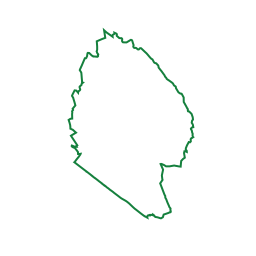 Bilskas pag., Smiltenes, Latvia (Equal Earth projection), rotated 54°
{"feature_id": "27541924B86975259147781", "entity_name": "Bilskas pag.", "entity_type": "district", "adm_level": 2, "iso_a3": "LVA", "parent_name": "Latvia", "parent_adm1": "Smiltenes", "projection": "equal_earth", "projection_center": [26.046, 57.482], "detail": "fine", "context": "isolated", "style": "outline", "palette": "green", "viewbox_px": 256, "rotation_deg": 54, "n_neighbors": 0, "source": "geoboundaries", "source_scale": "gbopen_adm2", "svg_char_len": 5273}
<svg xmlns="http://www.w3.org/2000/svg" viewBox="0 0 256 256"><g transform="rotate(54 128 128)"><path d="M211.6,164.9L211.0,164.6L210.8,164.5L210.5,163.1L210.9,162.7L210.9,162.2L211.0,162.2L211.4,161.9L211.8,161.5L211.8,161.4L211.4,161.1L212.0,160.1L212.4,159.8L212.8,159.3L212.6,158.9L213.5,158.9L213.5,158.4L216.0,158.2L217.2,157.0L217.9,156.4L220.2,154.7L220.5,154.3L220.6,152.9L220.7,152.3L220.1,151.4L219.5,150.8L219.4,150.6L219.0,150.0L219.7,147.8L220.6,144.8L220.6,144.4L220.7,143.6L221.1,143.2L221.0,142.8L220.8,142.7L220.6,142.4L219.1,141.8L218.1,140.9L216.3,141.0L214.9,140.6L213.4,140.3L211.6,139.9L209.6,139.4L209.4,139.3L207.9,138.9L207.2,138.9L206.2,138.7L204.8,137.8L204.7,137.8L203.5,137.7L191.7,134.5L190.3,130.6L190.1,130.6L189.2,130.1L186.3,128.5L182.3,124.1L180.5,123.7L179.0,123.4L178.8,123.3L176.3,122.8L176.4,122.5L176.6,122.3L176.7,122.1L177.3,121.7L179.4,120.5L181.1,119.9L181.3,119.8L183.4,117.0L185.5,112.7L186.6,111.7L186.8,111.5L187.5,110.8L188.9,109.5L190.2,108.1L187.9,106.1L185.9,104.3L185.4,101.7L185.4,99.5L181.2,97.4L180.0,96.0L180.8,95.1L181.9,94.5L181.0,93.9L179.3,93.9L178.3,93.0L178.0,92.5L176.8,90.6L175.1,87.1L176.0,86.3L175.8,85.1L173.9,83.9L173.5,82.8L173.7,81.9L173.7,80.7L173.4,80.8L173.2,80.7L171.7,80.0L171.6,79.9L170.9,79.2L170.5,79.0L169.5,78.8L167.8,78.0L167.3,77.8L166.2,77.8L165.6,77.6L165.4,77.4L165.4,76.9L165.3,75.7L165.2,75.4L165.3,75.3L165.6,74.9L165.7,74.7L163.7,73.7L163.0,73.5L161.8,73.4L161.3,73.4L161.0,73.2L159.8,71.9L159.6,71.5L159.5,70.8L159.3,70.4L157.8,69.6L157.3,69.3L154.0,68.3L153.2,68.4L150.7,68.8L150.4,69.0L150.2,69.3L150.0,69.5L149.7,69.6L149.3,69.4L149.2,69.4L148.9,69.2L148.7,69.1L148.4,68.8L148.0,68.7L147.8,68.6L147.5,68.5L147.3,68.5L147.2,68.4L146.4,68.5L145.0,68.2L139.7,67.6L136.0,65.0L132.1,64.5L131.8,64.5L131.6,64.6L131.2,65.1L131.0,65.4L128.8,66.2L124.1,65.8L123.8,65.7L123.1,65.3L122.7,65.1L122.3,65.1L121.1,65.6L120.8,65.7L120.0,65.7L118.7,65.5L118.1,65.5L117.7,65.6L116.6,65.9L113.6,66.9L112.6,67.3L111.4,67.7L110.8,67.8L110.0,67.6L109.7,67.6L108.5,67.8L108.0,67.8L107.1,67.5L106.2,67.5L102.2,67.5L101.4,67.5L100.9,67.5L100.7,67.6L99.8,67.6L97.3,67.7L96.9,67.6L95.8,67.0L95.5,66.9L94.9,66.8L93.9,67.0L92.6,67.1L92.4,67.1L91.6,67.7L91.5,67.8L90.8,68.2L90.5,68.3L89.9,68.3L86.9,67.9L86.6,68.0L85.8,68.4L85.4,68.5L83.8,68.7L82.7,68.8L81.0,68.9L78.6,69.1L77.6,69.3L76.7,69.5L71.3,70.5L71.1,70.6L70.7,71.1L70.6,71.3L70.5,71.7L70.7,72.4L70.8,73.0L70.7,73.3L70.4,73.7L70.0,73.9L68.3,74.3L67.9,74.5L67.7,74.7L67.4,75.0L67.1,75.6L66.9,75.8L66.7,75.9L66.5,76.0L66.2,76.0L65.8,76.0L65.6,76.0L65.3,75.9L65.0,75.7L64.7,75.3L64.3,74.8L63.8,74.6L62.5,74.2L59.9,73.3L59.4,73.2L59.0,73.4L58.8,73.5L58.5,73.7L58.3,74.0L58.3,74.3L58.2,75.5L57.9,78.9L55.9,81.5L55.5,81.8L55.1,81.8L54.1,81.7L52.8,80.5L52.6,80.4L52.4,80.4L52.1,80.3L51.9,80.4L51.5,80.5L51.4,80.7L51.1,81.1L50.5,81.8L50.3,82.0L50.1,82.2L47.7,82.7L47.2,82.9L46.8,82.9L46.5,82.7L45.7,82.0L45.6,81.9L45.1,81.9L44.7,82.0L42.9,83.0L43.1,83.1L43.7,83.4L43.8,83.5L43.8,84.6L43.7,85.1L43.7,85.4L43.7,85.7L43.9,86.1L44.2,86.3L45.1,86.8L38.4,89.1L37.3,89.4L34.9,89.9L41.7,93.4L40.8,96.6L39.5,102.3L43.4,104.7L44.3,105.3L46.5,106.9L47.7,108.4L47.8,108.4L48.4,108.5L49.0,108.8L50.7,108.8L50.9,108.8L51.0,109.1L51.1,109.3L52.1,109.8L52.3,110.0L52.4,110.3L52.4,110.5L52.4,110.8L52.2,110.9L52.2,111.0L51.9,111.3L51.6,111.6L51.6,111.8L51.4,111.9L51.3,112.1L51.0,112.4L50.9,112.6L50.5,113.0L50.3,113.3L50.0,113.6L49.8,114.0L49.5,114.0L49.3,114.2L48.9,114.3L48.4,114.6L47.5,114.8L44.5,115.3L43.6,116.4L43.6,116.5L43.8,116.9L45.8,118.9L46.1,119.3L46.6,120.4L46.8,120.6L46.8,120.8L46.8,121.1L46.7,121.2L46.2,121.9L50.4,128.9L50.8,129.6L51.1,130.2L51.6,131.0L52.3,132.3L52.8,133.0L55.5,133.2L55.9,133.3L59.7,135.6L60.5,136.1L62.7,137.4L64.1,138.4L64.8,137.8L65.0,139.4L65.2,139.8L65.8,140.3L65.9,140.5L65.9,141.0L66.0,141.7L66.0,142.1L66.0,142.4L66.1,142.8L66.4,143.1L66.7,143.3L68.5,143.9L68.8,144.1L69.0,144.3L69.1,144.6L69.2,145.0L69.2,145.8L69.2,146.3L69.2,146.6L69.2,146.8L70.1,147.6L67.4,147.8L66.8,148.4L66.2,149.1L67.3,151.2L67.7,152.0L68.0,152.6L68.8,154.0L69.1,154.4L70.3,154.5L71.4,154.6L72.4,155.0L75.6,156.1L78.8,157.3L79.4,159.7L79.9,161.5L81.1,161.8L81.5,163.1L81.6,163.4L82.0,163.6L82.8,164.0L83.6,164.8L84.1,165.2L87.6,167.6L87.0,168.6L86.9,168.9L86.7,169.2L86.6,171.3L87.0,171.4L89.4,172.2L91.7,173.1L93.2,174.0L94.0,174.5L94.7,175.0L97.0,173.7L101.2,172.8L100.7,178.7L112.2,179.2L112.2,179.3L112.0,179.6L112.1,180.3L112.4,180.4L113.1,180.5L112.3,181.8L109.2,183.7L109.5,184.2L110.4,184.2L111.7,183.6L112.7,182.8L113.7,182.7L115.8,182.6L118.1,182.6L118.7,183.1L119.7,183.7L120.2,183.0L121.0,181.5L121.4,182.1L121.7,183.0L122.3,184.7L123.2,188.1L124.2,191.2L124.2,191.5L130.3,189.7L138.0,187.4L138.4,187.3L138.6,187.3L138.6,187.2L145.4,185.2L145.4,185.3L146.9,184.9L148.9,184.3L148.9,184.2L153.0,183.0L153.5,182.9L157.4,181.7L157.5,181.8L158.8,181.4L160.0,181.1L159.9,181.0L162.0,180.3L163.3,180.1L165.3,179.4L168.1,178.7L168.4,178.5L171.3,177.6L172.2,177.4L177.8,175.7L179.3,175.3L181.1,174.7L185.5,172.7L186.6,172.3L187.5,172.0L189.8,171.4L194.8,170.5L197.2,170.0L198.8,169.5L204.1,168.0L204.8,167.8L207.1,167.1L209.0,166.5L209.0,166.4L209.7,166.1L211.8,165.1L211.5,165.0L211.6,164.9Z" fill="none" stroke="#15803d" stroke-width="2"/></g></svg>